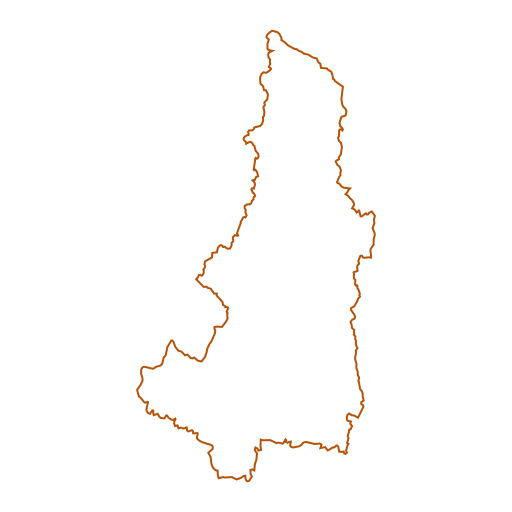 Ikongo, Vatovavy-Fitovinany, Madagascar (Natural Earth projection)
{"feature_id": "10022922B6018255004858", "entity_name": "Ikongo", "entity_type": "district", "adm_level": 2, "iso_a3": "MDG", "parent_name": "Madagascar", "parent_adm1": "Vatovavy-Fitovinany", "projection": "natural_earth1", "projection_center": [47.46, -21.855], "detail": "fine", "context": "isolated", "style": "outline", "palette": "amber", "viewbox_px": 512, "rotation_deg": 0, "n_neighbors": 0, "source": "geoboundaries", "source_scale": "gbopen_adm2", "svg_char_len": 6072}
<svg xmlns="http://www.w3.org/2000/svg" viewBox="0 0 512 512"><path d="M137.1,389.9L138.9,396.6L140.2,397.3L144.4,402.4L145.4,402.7L147.6,401.8L148.0,402.2L146.4,409.4L146.8,411.4L148.3,413.2L150.0,413.8L152.3,410.4L152.9,410.3L153.4,411.0L153.2,413.2L153.7,415.1L157.7,413.9L159.5,416.9L160.8,418.0L164.4,418.4L166.2,415.5L167.2,415.7L168.6,417.8L171.5,419.6L173.1,419.9L175.3,418.7L175.5,419.4L174.5,420.9L174.1,423.1L175.0,426.1L177.5,425.4L178.5,428.4L180.8,427.6L183.5,428.6L186.7,427.5L187.1,430.5L188.3,431.5L191.9,430.2L192.8,431.0L193.2,433.4L197.5,433.1L197.7,434.0L196.8,438.1L198.8,440.3L202.2,442.2L211.6,445.1L212.8,447.0L212.6,449.0L208.3,452.8L210.6,456.9L211.5,464.0L212.7,467.2L214.8,469.6L216.2,470.5L217.6,470.5L217.8,474.9L218.7,478.2L222.9,477.1L225.2,477.5L231.9,477.1L236.6,479.5L241.2,477.7L244.0,475.8L245.3,475.7L245.4,478.1L246.2,480.4L247.3,481.3L249.2,480.7L251.9,476.5L250.6,474.0L250.5,469.9L252.4,469.4L254.3,470.5L254.9,464.1L256.4,459.8L257.0,453.5L254.8,450.1L255.5,447.5L257.3,448.4L258.4,450.6L261.1,449.9L260.5,446.0L260.8,439.6L263.0,440.3L270.1,440.1L276.5,443.1L278.0,442.6L282.6,443.6L283.5,443.0L285.5,439.4L286.2,440.2L285.2,441.5L287.5,442.8L288.5,442.1L290.8,441.6L290.1,445.7L291.0,446.8L293.0,447.5L299.1,446.3L301.2,445.1L303.2,442.7L306.0,441.9L314.6,444.0L319.6,443.5L321.5,444.6L320.4,448.1L325.1,447.1L327.8,450.5L332.8,447.4L334.2,447.5L336.4,445.5L337.4,445.6L338.4,446.9L339.1,451.6L341.9,451.9L343.7,451.5L344.1,453.4L345.4,453.9L346.9,452.8L346.1,450.6L347.5,445.3L348.5,443.9L347.1,443.0L348.5,438.3L347.8,436.4L347.9,434.8L348.8,432.6L349.0,430.4L349.7,429.4L350.5,429.4L352.1,426.1L350.2,423.7L350.9,421.5L347.7,420.7L347.0,420.0L346.8,417.3L347.4,414.9L349.1,413.5L351.8,415.2L354.4,415.6L358.0,417.7L363.4,406.8L363.2,405.5L361.2,403.9L361.3,402.1L363.7,400.4L362.8,397.1L362.6,393.4L361.8,391.1L360.1,389.0L358.9,381.9L358.4,381.3L359.1,377.6L357.8,375.0L357.7,371.8L356.4,368.1L356.5,363.9L355.3,359.9L355.1,357.4L356.1,352.8L355.9,350.3L357.5,348.1L356.5,346.5L355.9,343.6L356.0,340.7L355.1,338.9L355.4,336.5L353.8,334.5L354.3,333.5L353.9,331.8L354.3,330.2L352.0,327.9L351.5,324.2L350.6,322.5L350.7,321.7L352.3,319.6L354.6,318.6L355.1,317.0L354.6,315.2L351.0,309.9L351.2,308.0L354.4,306.2L357.7,300.3L357.9,299.0L360.0,296.5L359.3,295.2L359.9,293.8L358.4,289.5L357.3,288.0L357.5,285.9L357.0,285.3L356.2,285.7L355.0,284.0L355.4,280.0L353.9,278.4L353.8,275.5L354.2,274.5L353.6,272.6L354.2,271.8L356.8,271.4L357.6,270.6L357.1,267.0L357.5,265.6L359.1,263.7L358.3,261.0L360.4,255.8L361.9,255.7L362.9,257.4L364.6,257.9L368.2,257.3L370.9,257.7L371.1,255.7L370.4,250.9L370.8,248.7L373.6,244.8L373.7,239.2L374.7,235.4L374.7,233.4L372.6,228.1L374.4,223.1L373.9,219.6L374.9,215.9L371.9,211.5L369.4,212.6L367.9,214.5L366.6,214.4L366.1,213.4L365.5,213.4L361.9,216.3L360.5,216.3L359.3,210.7L358.7,210.4L357.6,212.0L356.7,212.6L354.6,209.5L352.1,208.3L354.2,204.8L353.7,202.8L352.0,200.0L349.9,198.2L348.5,196.1L345.5,194.2L347.2,192.6L348.2,190.4L350.0,188.4L343.6,187.7L341.5,186.5L339.4,183.7L337.4,182.9L337.0,182.1L339.0,177.4L340.5,175.1L340.3,173.3L340.9,170.4L339.8,167.0L337.3,164.7L335.7,161.7L336.3,160.6L339.0,159.3L338.8,157.2L340.8,154.6L341.9,146.9L341.0,142.9L338.8,140.7L338.1,137.8L339.1,135.9L339.1,131.0L339.5,129.7L341.3,129.3L342.4,130.5L342.9,129.5L341.8,127.5L340.3,126.3L339.5,123.0L341.3,116.9L345.1,115.8L345.9,114.6L346.4,111.1L345.5,108.7L343.5,107.0L342.3,104.8L341.8,101.8L341.4,99.1L342.9,86.7L335.0,81.1L334.2,79.4L332.9,78.8L332.7,76.0L331.3,71.8L327.6,69.5L327.0,68.5L321.0,67.9L320.3,63.7L318.2,62.1L316.8,58.5L312.7,57.4L308.5,54.7L303.5,53.5L302.3,52.2L298.0,50.4L296.8,49.2L294.6,49.0L288.2,45.5L284.3,41.9L281.4,40.1L281.5,37.9L279.4,33.9L277.3,32.1L272.1,30.7L268.0,33.8L266.4,36.3L266.7,37.4L268.9,39.7L267.5,43.4L267.5,48.9L268.6,50.1L272.4,50.8L268.5,52.9L268.2,54.0L268.5,57.6L270.1,59.5L269.8,62.2L270.3,63.6L268.8,67.0L270.9,68.4L271.0,69.0L270.0,70.3L266.4,72.8L263.4,72.3L261.6,74.0L260.1,77.4L260.4,83.7L263.1,86.2L264.1,90.2L266.0,90.3L267.9,94.5L267.3,99.3L264.6,102.2L264.3,102.9L264.9,105.0L263.4,107.0L264.4,112.0L264.0,115.9L262.9,117.2L263.2,120.4L262.0,124.0L260.3,125.9L254.2,127.5L253.8,129.2L252.3,130.3L249.0,130.5L248.0,132.0L248.7,133.9L248.4,135.1L247.0,135.2L244.3,137.1L243.6,139.0L244.2,140.4L246.1,142.2L246.2,143.7L249.5,141.9L252.0,142.6L253.0,144.7L254.4,145.9L255.6,150.7L258.3,154.0L258.6,156.2L257.9,158.1L257.0,158.7L255.7,157.9L255.4,158.3L253.7,169.8L254.3,170.2L255.4,169.7L257.2,172.3L258.1,176.2L255.9,177.2L255.0,179.7L252.6,180.4L254.3,182.1L255.0,184.2L253.9,188.6L251.9,188.3L251.4,189.4L252.8,192.7L253.5,192.9L254.6,194.4L255.1,196.1L253.6,197.1L253.5,199.4L252.0,200.8L251.3,203.2L249.8,204.3L247.2,204.4L244.8,205.8L244.6,208.2L245.8,210.1L245.4,212.0L246.6,215.5L245.4,217.5L244.4,217.0L243.2,217.4L240.6,222.2L240.7,223.2L237.0,233.0L238.1,235.5L237.1,235.8L235.0,235.1L233.0,237.1L232.8,238.4L233.4,241.1L231.6,242.8L231.6,245.5L230.0,248.5L228.2,248.8L226.5,248.2L224.8,246.7L223.0,247.0L222.5,245.9L221.1,245.1L219.7,245.5L217.8,248.0L216.9,252.3L212.3,252.9L212.0,257.5L205.1,261.3L204.4,264.2L205.2,266.4L204.6,268.0L203.3,269.4L203.8,270.4L203.7,272.8L202.5,275.3L201.8,275.7L200.2,274.9L198.9,275.1L197.6,277.8L196.2,279.2L203.6,286.8L206.6,286.8L207.8,287.9L210.7,288.7L214.1,293.5L216.8,293.6L216.6,295.3L217.1,296.1L222.5,302.0L223.0,304.9L224.9,306.0L225.3,307.2L226.8,307.0L228.0,307.6L228.3,308.4L226.6,311.4L227.0,312.8L227.6,313.1L227.2,315.1L227.6,318.7L225.9,321.8L222.0,326.9L216.8,326.6L214.5,327.0L214.4,328.6L215.3,330.4L214.9,333.3L211.3,341.5L209.7,343.6L207.5,348.1L206.3,353.4L205.0,356.8L201.6,361.5L197.6,360.5L194.2,357.5L192.7,358.4L190.7,358.1L187.5,354.6L184.9,355.3L181.6,351.7L178.4,350.7L175.4,347.0L173.3,341.6L172.1,340.4L171.2,340.6L167.3,347.3L165.7,355.3L163.6,357.8L162.4,362.9L161.4,364.9L159.8,365.8L156.2,366.7L153.2,368.8L145.0,366.9L143.4,366.9L142.2,367.7L141.3,369.3L141.0,373.4L142.5,378.2L142.5,380.8L140.6,384.8L137.1,389.9Z" fill="none" stroke="#b45309" stroke-width="2"/></svg>